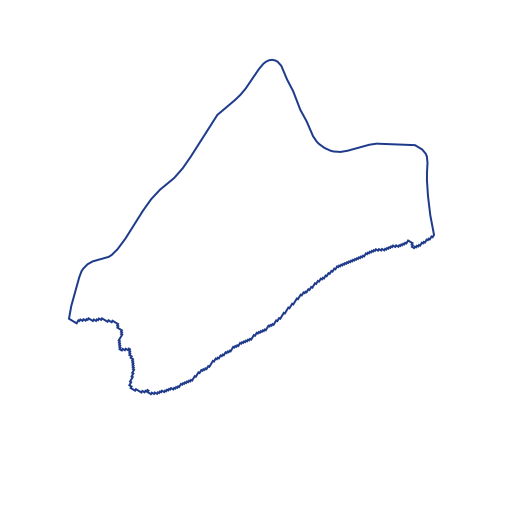 Sabana Grande de Palenque, San Cristóbal, Dominican Republic, rotated 31°
{"feature_id": "3306468B45575096497084", "entity_name": "Sabana Grande de Palenque", "entity_type": "district", "adm_level": 2, "iso_a3": "DOM", "parent_name": "Dominican Republic", "parent_adm1": "San Cristóbal", "projection": "equal_earth", "projection_center": [-70.148, 18.258], "detail": "fine", "context": "isolated", "style": "outline", "palette": "blue", "viewbox_px": 512, "rotation_deg": 31, "n_neighbors": 0, "source": "geoboundaries", "source_scale": "gbopen_adm2", "svg_char_len": 4576}
<svg xmlns="http://www.w3.org/2000/svg" viewBox="0 0 512 512"><g transform="rotate(31 256 256)"><path d="M129.1,406.1L136.9,406.1L136.9,402.6L138.1,402.6L138.1,400.9L140.7,400.9L140.7,399.1L143.3,399.1L143.3,397.4L144.6,397.4L144.6,395.7L149.7,395.7L149.7,394.0L152.3,394.0L152.3,393.1L152.3,392.3L153.6,392.3L153.6,390.5L156.1,390.5L156.1,388.8L162.6,388.8L162.6,387.1L166.4,387.1L166.4,385.4L172.8,385.4L172.8,387.1L174.1,387.1L174.1,388.8L179.3,388.8L179.3,390.5L180.6,390.5L180.6,392.3L181.8,392.3L181.8,399.1L183.1,399.1L183.1,400.9L184.4,400.9L184.4,402.6L185.7,402.6L185.7,404.3L187.0,404.3L187.0,406.1L189.6,406.1L189.6,404.3L192.1,404.3L192.1,402.6L194.7,402.6L194.7,400.9L196.0,400.9L196.0,402.6L197.3,402.6L197.3,404.3L198.5,404.3L198.5,406.1L201.1,406.1L201.1,407.8L203.7,407.8L203.7,409.5L205.0,409.5L205.0,411.2L206.3,411.2L206.3,412.0L206.3,413.0L207.5,413.0L207.5,414.7L208.8,414.7L208.8,416.4L210.1,416.4L210.1,419.9L211.4,419.9L211.4,423.3L212.7,423.3L212.7,428.5L214.0,428.5L214.0,432.0L216.5,432.0L216.5,433.7L221.7,433.7L221.7,432.0L228.1,432.0L228.1,430.2L230.7,430.2L230.7,428.5L232.0,428.5L232.0,426.8L233.2,426.8L233.2,428.5L237.1,428.5L237.1,426.8L239.6,426.8L239.6,425.1L242.2,425.1L242.2,423.3L243.5,423.3L243.5,421.6L244.8,421.6L244.8,419.9L247.4,419.9L247.4,418.2L248.6,418.2L248.6,416.4L250.0,416.4L250.0,414.7L251.2,414.7L251.2,413.0L253.8,413.0L253.8,411.2L255.1,411.2L255.1,409.5L256.4,409.5L256.4,407.8L257.6,407.8L257.6,404.3L259.0,404.3L259.0,402.6L260.2,402.6L260.2,400.9L261.5,400.9L261.5,399.1L262.8,399.1L262.8,397.4L264.1,397.4L264.1,395.7L265.4,395.7L265.4,390.5L266.6,390.5L266.6,385.4L267.9,385.4L267.9,381.9L269.2,381.9L269.2,380.2L270.5,380.2L270.5,378.4L271.8,378.4L271.8,375.0L273.1,375.0L273.1,368.1L274.3,368.1L274.3,364.6L275.6,364.6L275.6,362.9L276.9,362.9L276.9,359.5L278.2,359.5L278.2,357.7L279.5,357.7L279.5,354.3L280.8,354.3L280.8,352.6L282.1,352.6L282.1,350.8L283.3,350.8L283.3,345.6L284.6,345.6L284.6,343.9L285.9,343.9L285.9,342.2L287.2,342.2L287.2,338.7L288.5,338.7L288.5,337.0L289.8,337.0L289.8,335.3L291.1,335.3L291.1,333.6L292.3,333.6L292.3,331.8L293.6,331.8L293.6,330.1L294.9,330.1L294.9,324.9L296.2,324.9L296.2,321.5L297.5,321.5L297.5,319.8L298.8,319.8L298.8,318.0L300.1,318.0L300.1,316.3L301.3,316.3L301.3,314.6L302.6,314.6L302.6,309.4L303.9,309.4L303.9,307.7L305.2,307.7L305.2,305.9L306.5,305.9L306.5,300.8L307.8,300.8L307.8,297.3L309.1,297.3L309.1,290.4L310.3,290.4L310.3,283.5L311.6,283.5L311.6,278.3L312.9,278.3L312.9,271.4L314.2,271.4L314.2,269.1L314.2,266.2L315.5,266.2L315.5,262.8L316.8,262.8L316.8,261.1L318.0,261.1L318.0,257.6L319.3,257.6L319.3,254.1L320.6,254.1L320.6,249.0L321.9,249.0L321.9,245.5L323.2,245.5L323.2,242.1L324.5,242.1L324.5,240.3L325.8,240.3L325.8,236.9L327.0,236.9L327.0,233.4L328.3,233.4L328.3,230.0L329.6,230.0L329.6,226.5L330.9,226.5L330.9,223.1L332.2,223.1L332.2,221.4L333.5,221.4L333.5,219.6L334.8,219.6L334.8,217.9L336.0,217.9L336.0,216.2L337.3,216.2L337.3,214.4L338.6,214.4L338.6,212.7L339.9,212.7L339.9,211.0L341.2,211.0L341.2,209.3L342.5,209.3L342.5,207.5L343.8,207.5L343.8,205.8L345.0,205.8L345.0,204.1L346.3,204.1L346.3,202.4L347.6,202.4L347.6,200.6L348.9,200.6L348.9,197.2L350.2,197.2L350.2,195.5L351.4,195.5L351.4,193.7L352.7,193.7L352.7,192.0L354.0,192.0L354.0,190.3L355.3,190.3L355.3,188.5L357.9,188.5L357.9,186.8L360.4,186.8L360.4,185.1L363.0,185.1L363.0,183.4L364.3,183.4L364.3,181.6L365.6,181.6L365.6,179.9L366.9,179.9L366.9,178.2L368.1,178.2L368.1,176.5L370.7,176.5L370.7,174.7L373.3,174.7L373.3,173.0L374.6,173.0L374.6,171.3L375.9,171.3L375.9,169.6L377.1,169.6L377.1,167.8L378.4,167.8L378.4,164.4L383.0,164.4L383.6,164.4L383.6,166.1L384.9,166.1L384.9,167.8L387.4,167.8L387.4,166.1L388.7,166.1L388.7,164.4L390.0,164.4L390.0,162.7L391.3,162.7L391.3,159.2L392.6,159.2L392.6,157.5L393.9,157.5L393.9,154.0L395.1,154.0L395.1,152.3L396.4,152.3L396.4,148.9L397.7,148.9L397.7,146.9L397.7,146.2L384.4,131.3L372.3,115.7L363.5,103.0L359.7,96.6L354.9,87.6L351.2,82.7L348.8,80.9L343.5,79.1L335.2,79.1L301.5,97.6L295.9,102.2L280.3,118.6L274.8,123.3L268.6,126.5L265.4,127.4L258.9,128.1L252.4,127.5L249.2,126.7L243.3,124.0L230.2,114.6L218.6,107.8L203.0,95.6L191.7,88.7L179.8,80.0L174.4,78.3L171.7,78.5L168.9,79.5L166.4,81.5L164.5,84.3L163.3,87.5L162.2,94.4L160.9,117.9L159.6,126.0L157.7,133.0L150.2,155.0L148.9,204.8L148.0,218.4L145.7,231.2L139.6,248.5L136.9,261.1L135.8,275.1L135.1,308.4L133.8,321.6L131.8,329.4L130.2,332.6L118.8,344.7L115.9,349.8L114.4,356.0L114.3,359.2L115.5,365.5L123.4,394.0L128.0,406.1L129.1,406.1Z" fill="none" stroke="#1e3a8a" stroke-width="2"/></g></svg>